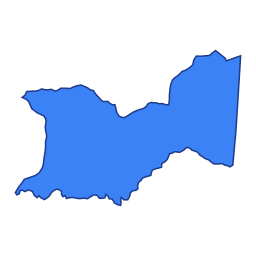 Pedra Lavrada, Paraíba, Brazil (Robinson projection)
{"feature_id": "56859067B32724013472613", "entity_name": "Pedra Lavrada", "entity_type": "district", "adm_level": 2, "iso_a3": "BRA", "parent_name": "Brazil", "parent_adm1": "Paraíba", "projection": "robinson", "projection_center": [-36.413, -6.768], "detail": "fine", "context": "isolated", "style": "filled", "palette": "blue", "viewbox_px": 256, "rotation_deg": 0, "n_neighbors": 0, "source": "geoboundaries", "source_scale": "gbopen_adm2", "svg_char_len": 2346}
<svg xmlns="http://www.w3.org/2000/svg" viewBox="0 0 256 256"><path d="M15.4,192.6L16.7,194.8L19.3,193.8L20.1,190.6L22.2,190.1L24.9,191.6L28.3,190.0L32.5,191.4L34.4,195.6L37.2,197.7L38.9,195.7L41.0,197.8L44.4,199.6L47.7,197.5L49.8,195.3L51.7,192.2L53.7,190.7L56.5,189.2L59.2,189.7L61.5,191.5L61.5,194.6L62.9,196.7L65.3,195.6L66.4,198.5L69.1,197.8L71.7,197.4L74.5,197.8L77.5,198.4L79.9,198.6L83.6,198.2L87.6,198.7L90.6,196.7L94.2,194.8L97.3,195.4L99.2,198.2L101.5,198.4L104.9,197.8L105.8,194.4L108.1,196.3L109.2,198.8L112.2,199.1L114.7,203.2L117.6,204.6L120.6,205.4L121.1,202.6L120.6,199.8L121.3,197.3L123.8,199.8L127.7,199.8L129.7,196.2L130.5,192.6L133.0,190.7L135.9,190.3L137.9,188.9L137.6,185.8L138.6,182.4L141.0,180.4L142.7,177.9L146.5,176.6L150.9,175.4L151.3,172.9L152.4,170.0L155.7,168.8L159.3,167.9L161.5,167.2L161.9,163.4L165.1,161.7L167.2,159.5L168.4,156.8L169.5,153.7L172.3,153.1L174.7,151.7L179.7,152.3L183.5,150.3L186.6,147.5L189.6,147.9L191.9,150.2L194.7,151.0L197.7,152.3L199.8,155.1L202.1,156.4L205.2,158.6L208.6,159.8L211.0,161.8L213.8,163.9L216.3,164.0L219.4,163.9L221.8,163.5L225.0,165.3L227.2,165.5L229.9,166.9L232.8,165.1L235.9,131.1L239.0,82.3L240.6,55.8L226.2,60.9L225.3,58.3L215.6,50.6L212.1,53.1L209.7,55.4L207.2,55.7L204.6,55.8L201.9,56.2L196.3,56.1L194.1,59.4L193.3,61.9L192.9,64.6L189.8,67.5L185.4,70.3L182.0,71.5L180.3,73.4L177.8,75.6L174.7,77.8L172.6,79.9L171.5,82.4L170.7,85.0L170.1,88.2L169.4,95.1L169.4,99.3L168.8,104.7L165.9,104.7L162.4,103.6L158.8,103.7L156.3,102.9L154.0,102.8L151.2,102.4L147.9,103.8L146.1,106.5L143.5,108.5L139.3,109.6L136.3,110.8L134.2,111.6L131.4,113.3L127.3,116.0L124.4,117.6L121.3,117.2L118.9,115.9L117.1,113.2L116.1,109.9L115.6,107.3L114.9,104.7L112.6,104.8L109.6,103.2L107.9,101.4L105.1,101.5L102.4,101.3L100.3,99.1L97.7,96.3L95.3,93.7L93.5,90.6L90.1,89.8L87.7,87.9L84.6,86.5L80.8,85.0L76.4,85.9L73.1,87.1L70.2,88.5L66.9,88.3L64.0,88.2L60.9,88.2L58.1,90.1L55.3,91.1L51.1,89.3L47.8,89.9L44.7,89.7L41.8,88.9L38.9,90.3L35.4,91.2L32.7,91.0L29.6,91.4L26.9,91.4L24.9,95.3L22.1,97.4L26.2,99.3L28.7,101.6L31.8,108.7L37.5,113.0L44.0,116.0L45.7,119.2L46.1,122.0L45.2,127.0L45.7,131.3L46.4,133.7L46.7,136.7L45.5,141.8L45.6,145.2L45.3,150.4L43.9,159.2L43.4,164.1L42.3,167.8L39.2,172.8L35.4,175.5L24.3,179.3L21.9,183.0L18.5,187.2L15.4,192.6Z" fill="#3b82f6" stroke="#1e3a8a" stroke-width="1.5"/></svg>